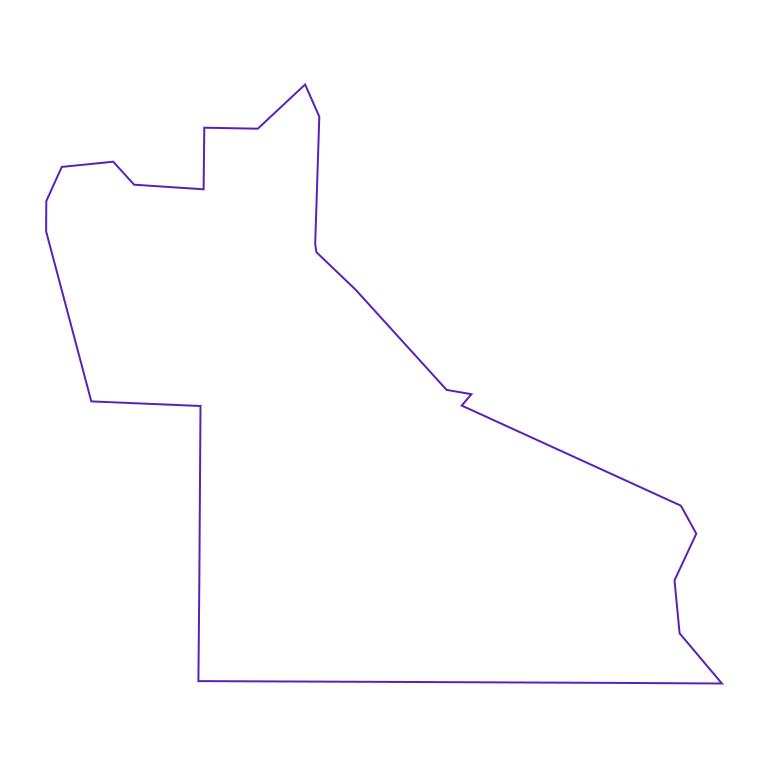 outline of Dawson, Georgia, United States of America
{"feature_id": "52423323B59188916162072", "entity_name": "Dawson", "entity_type": "district", "adm_level": 2, "iso_a3": "USA", "parent_name": "United States of America", "parent_adm1": "Georgia", "projection": "mercator", "projection_center": [-84.168, 34.476], "detail": "fine", "context": "isolated", "style": "outline", "palette": "violet", "viewbox_px": 768, "rotation_deg": 0, "n_neighbors": 0, "source": "geoboundaries", "source_scale": "gbopen_adm2", "svg_char_len": 458}
<svg xmlns="http://www.w3.org/2000/svg" viewBox="0 0 768 768"><path d="M721.9,683.5L679.6,633.3L674.5,580.4L696.3,533.7L680.9,505.7L461.7,405.6L471.4,394.2L446.6,389.9L355.5,289.6L316.4,252.2L315.2,243.8L319.3,116.7L305.1,84.5L257.8,128.7L204.3,127.7L203.6,189.3L134.1,184.7L113.2,161.7L61.8,166.9L46.3,201.1L46.1,231.3L91.3,401.4L200.5,406.0L199.3,584.5L198.4,681.1L389.0,681.9L615.0,682.9L721.9,683.5Z" fill="none" stroke="#5b21b6" stroke-width="2"/></svg>